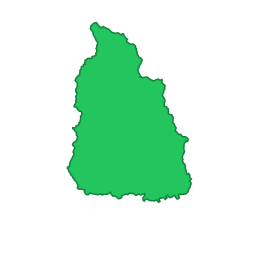 Palestina de Goiás, Goiás, Brazil, rotated 121°
{"feature_id": "56859067B75882266623485", "entity_name": "Palestina de Goiás", "entity_type": "district", "adm_level": 2, "iso_a3": "BRA", "parent_name": "Brazil", "parent_adm1": "Goiás", "projection": "albers", "projection_center": [-51.453, -16.696], "detail": "fine", "context": "isolated", "style": "filled", "palette": "green", "viewbox_px": 256, "rotation_deg": 121, "n_neighbors": 0, "source": "geoboundaries", "source_scale": "gbopen_adm2", "svg_char_len": 4677}
<svg xmlns="http://www.w3.org/2000/svg" viewBox="0 0 256 256"><g transform="rotate(121 128 128)"><path d="M83.3,113.3L82.4,115.3L80.4,115.7L78.7,115.9L77.6,116.7L75.9,116.4L74.5,117.4L72.6,117.9L72.3,119.6L72.0,121.5L71.0,122.9L69.8,123.2L68.9,123.8L70.1,124.7L70.7,125.7L70.4,126.9L71.1,127.8L72.1,128.7L73.2,129.4L74.4,130.1L74.6,131.7L74.9,133.2L74.8,134.4L75.0,135.6L74.4,136.8L74.7,138.4L76.3,140.2L77.5,141.4L77.1,143.1L77.9,143.7L76.7,144.7L76.1,145.7L75.1,147.4L74.2,148.3L73.1,149.6L71.6,149.7L70.3,149.8L69.0,150.3L67.8,150.3L66.5,150.0L64.1,150.7L62.5,150.6L61.8,152.0L61.5,153.3L61.9,154.7L61.1,155.9L60.6,156.9L59.9,157.9L59.3,158.8L58.0,159.5L56.9,160.9L55.6,161.7L55.3,162.7L53.9,163.8L53.3,165.7L53.5,167.3L54.7,168.4L55.1,170.0L54.7,171.5L54.8,173.6L53.5,174.2L52.2,174.2L52.3,175.5L52.1,176.9L51.1,178.1L50.6,179.1L49.6,180.1L50.0,181.3L51.5,181.6L51.7,183.0L51.4,184.9L52.3,186.6L53.6,187.7L53.6,188.9L54.1,189.8L54.2,191.6L53.9,193.1L53.3,194.9L53.4,196.6L53.7,197.9L53.8,199.9L53.7,201.4L56.0,202.5L55.7,203.6L55.5,205.7L55.3,206.8L54.3,208.1L54.0,209.7L55.2,210.8L56.5,211.6L57.6,211.7L58.6,212.1L59.7,212.3L60.9,211.9L62.3,211.4L62.9,210.2L63.3,208.9L63.9,207.7L65.1,206.5L66.3,205.3L67.1,203.5L67.8,202.5L68.9,201.2L69.6,199.9L70.3,198.2L71.6,197.3L73.5,197.2L75.0,196.4L76.3,196.3L77.0,195.5L78.2,194.0L80.5,194.1L81.4,193.5L82.4,192.8L83.9,194.1L84.8,195.2L85.8,195.5L86.6,194.7L87.9,196.0L88.2,197.0L88.9,198.3L90.9,199.0L92.3,199.7L93.1,198.7L94.9,198.8L95.3,197.6L96.9,198.8L98.4,198.4L99.4,199.5L100.9,198.9L102.0,198.7L103.5,198.9L104.5,198.1L105.8,197.7L107.5,196.7L108.7,197.6L110.7,198.0L112.5,198.2L114.7,197.7L115.1,195.9L115.6,194.6L116.7,193.9L118.2,193.2L119.5,192.6L120.6,192.7L121.7,192.8L123.0,191.7L124.0,191.3L124.4,189.5L125.7,189.1L127.9,189.0L129.0,188.1L130.0,187.0L131.6,187.0L132.5,185.9L133.9,185.6L136.2,185.8L137.5,185.1L137.1,183.2L137.2,181.8L137.8,180.9L138.5,179.5L138.6,178.1L138.0,177.3L138.2,176.0L139.1,175.2L140.9,174.4L142.6,174.7L144.4,173.3L145.6,173.1L147.2,172.3L148.9,172.8L149.4,171.8L150.5,172.3L152.0,172.5L153.0,173.6L154.5,173.0L155.9,174.5L156.2,175.5L157.0,175.0L157.0,173.7L157.8,172.0L158.3,170.7L158.5,169.6L159.6,169.3L160.8,168.6L161.4,166.6L163.8,166.1L165.1,165.8L167.0,166.1L168.1,167.0L169.7,167.2L170.8,167.0L171.5,165.7L171.9,163.7L172.9,163.3L175.8,163.0L177.1,162.6L177.6,161.0L179.4,160.5L181.1,160.6L183.3,160.2L184.8,160.2L186.5,160.1L188.3,159.7L189.9,159.0L191.0,158.4L192.4,159.5L193.6,159.5L194.1,158.0L195.0,157.1L196.0,155.8L196.0,154.6L197.2,153.7L197.9,151.8L198.5,150.2L199.5,148.8L199.2,147.5L200.2,147.2L200.5,146.2L200.6,145.1L200.9,143.7L202.1,142.9L202.7,141.7L203.7,140.9L205.7,140.5L205.9,139.2L205.5,138.2L204.6,136.8L204.1,135.3L203.4,132.9L204.9,132.7L205.8,131.4L206.4,130.6L206.3,129.0L205.6,127.7L203.5,127.3L202.6,124.4L201.8,122.3L201.4,121.2L201.1,120.1L199.3,117.9L198.5,116.8L198.7,115.4L197.7,115.1L196.2,113.2L195.3,111.5L194.1,110.8L192.2,110.1L193.2,108.8L194.2,106.1L193.3,104.2L192.9,103.0L193.1,101.9L193.5,100.7L193.4,99.4L192.2,98.2L190.9,97.7L188.9,98.2L187.2,96.9L185.5,95.4L185.2,93.7L183.7,93.3L182.7,92.7L182.4,91.3L181.6,90.1L181.3,89.0L181.5,87.8L181.7,86.6L180.8,85.9L178.9,84.6L179.1,82.9L177.8,81.5L176.6,81.0L175.7,79.9L176.6,79.2L179.1,79.1L180.2,79.2L182.0,78.0L182.4,76.4L181.0,76.4L179.6,76.0L179.0,74.6L179.2,73.2L178.7,71.4L177.4,69.2L177.0,67.7L175.6,67.0L174.8,65.8L175.5,65.0L175.9,63.5L174.3,62.8L173.7,64.3L172.6,64.8L171.4,64.0L170.4,62.9L169.3,61.1L170.1,59.4L167.7,58.5L167.3,60.2L165.1,59.6L165.9,58.2L166.1,56.8L165.8,55.7L164.8,54.9L163.5,54.3L162.2,53.9L162.2,52.3L163.2,50.9L163.5,49.3L162.6,48.2L161.5,48.1L160.7,48.8L159.2,50.4L157.8,48.9L156.9,47.3L156.2,46.3L155.2,44.9L153.8,44.1L151.7,43.7L150.1,44.2L149.0,44.4L147.4,44.2L145.5,44.6L144.6,45.2L143.5,45.0L142.3,46.1L141.9,47.8L140.3,47.6L139.0,47.4L138.7,49.4L137.7,50.2L136.5,50.7L135.8,52.6L137.4,53.6L136.6,54.3L135.8,55.3L134.2,56.6L133.3,58.0L131.4,58.9L130.4,60.1L129.6,61.1L129.9,62.2L128.9,63.2L128.1,64.5L126.8,64.5L126.3,65.6L124.9,66.2L123.5,67.1L121.9,67.0L120.2,67.3L119.0,67.5L117.4,69.3L116.0,70.0L114.6,70.8L113.5,71.4L112.2,71.7L110.7,71.7L109.5,71.5L109.4,70.5L108.3,70.0L106.5,70.7L106.1,72.1L105.9,74.1L106.6,75.5L107.3,77.0L106.8,78.6L106.3,79.5L107.4,81.2L107.1,82.6L106.3,84.5L106.2,85.9L104.8,86.4L103.1,86.8L102.1,88.8L101.3,89.8L100.6,90.6L100.8,91.7L99.9,92.4L98.6,93.3L97.1,94.1L96.1,94.1L95.4,95.0L95.0,96.4L94.2,97.2L94.5,98.3L95.0,99.7L94.7,101.2L93.4,101.4L92.4,102.3L90.8,103.4L90.9,104.9L90.0,105.7L90.5,108.5L88.9,108.9L87.8,109.8L85.9,110.1L84.4,111.5L83.3,113.3Z" fill="#22c55e" stroke="#15803d" stroke-width="1.5"/></g></svg>